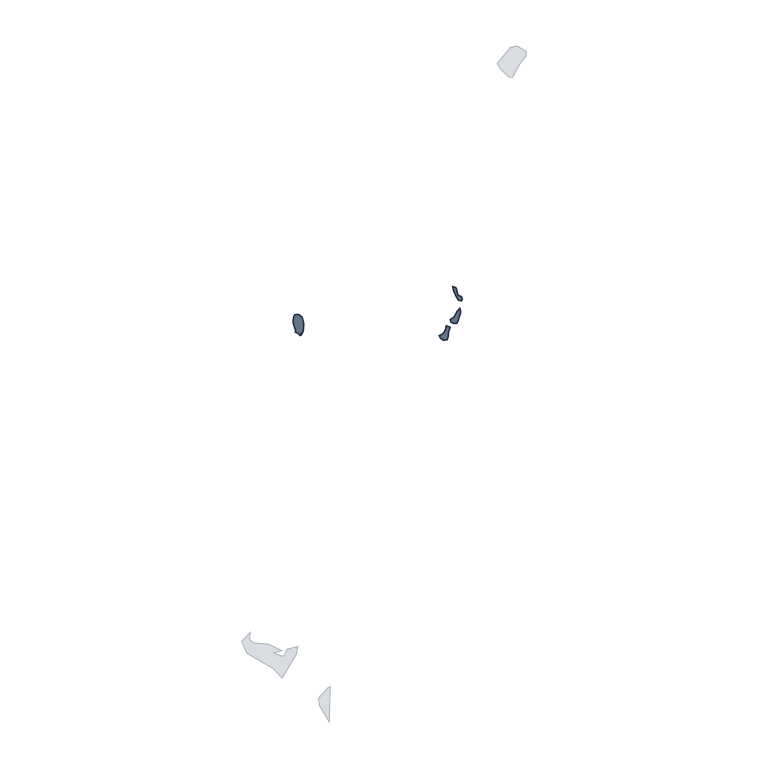 where Ha'apai sits in Tonga
{"feature_id": "TON-4948", "entity_name": "Ha'apai", "entity_type": "state/province", "adm_level": 1, "iso_a3": "TON", "parent_name": "Tonga", "parent_adm1": "", "projection": "natural_earth1", "projection_center": [-174.543, -19.707], "detail": "fine", "context": "in_parent", "style": "filled", "palette": "slate", "viewbox_px": 768, "rotation_deg": 0, "n_neighbors": 0, "source": "natural_earth", "source_scale": "10m", "svg_char_len": 1293}
<svg xmlns="http://www.w3.org/2000/svg" viewBox="0 0 768 768"><path d="M281.2,656.0L284.0,656.0L287.1,649.1L297.7,646.6L296.5,654.0L282.2,678.1L273.2,668.7L246.9,653.3L241.6,641.4L250.3,632.3L249.5,639.6L253.8,642.9L268.6,644.2L281.9,650.7L273.7,652.8L281.2,656.0ZM520.1,63.4L512.6,77.3L509.0,77.1L500.4,69.0L497.2,63.6L510.4,47.3L517.2,46.1L526.4,51.5L526.0,56.2L520.1,63.4ZM330.3,686.7L329.2,721.9L319.6,705.8L318.5,698.3L328.2,687.4L330.3,686.7Z" fill="#d9dde1" stroke="#a8b0b8" stroke-width="1"/><path d="M299.1,314.6L302.3,317.3L303.8,323.8L303.4,330.8L301.1,335.5L301.1,333.8L299.9,335.5L298.9,334.2L297.9,333.4L295.6,332.3L295.8,332.2L295.5,331.6L295.6,330.7L293.2,323.4L293.0,321.1L293.7,316.6L294.9,314.7L296.7,314.4L299.1,314.6ZM439.2,335.5L441.9,334.4L444.0,332.3L445.5,329.3L446.2,325.8L447.2,326.0L449.4,326.9L450.2,327.5L448.6,331.6L448.3,336.2L447.3,339.7L443.5,340.3L442.0,339.4L440.8,338.4L439.9,337.2L439.2,335.5ZM450.2,319.5L453.7,317.3L455.6,314.3L457.3,311.0L459.8,308.2L460.8,311.6L460.2,314.6L459.0,317.5L458.4,320.3L456.9,323.3L453.8,323.6L450.9,322.1L450.2,319.5ZM459.1,295.5L461.6,296.8L462.4,299.2L461.4,300.9L458.4,300.2L456.2,296.7L453.6,290.9L452.7,286.6L455.7,287.4L456.7,289.3L457.7,294.5L459.1,295.5Z" fill="#64748b" stroke="#1e293b" stroke-width="1.5"/></svg>